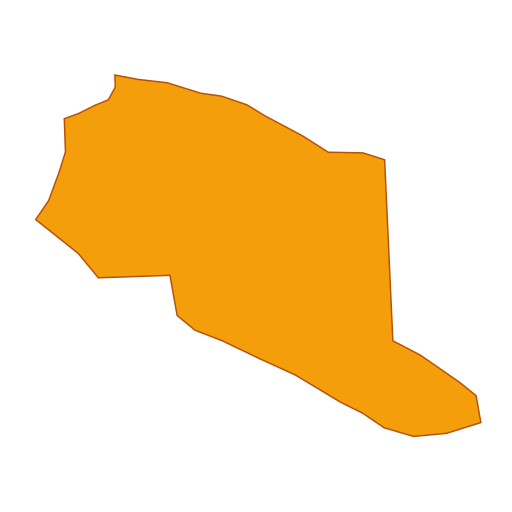 Agios Georgios Kafkaliou, Nicosia, Cyprus (orthographic projection), rotated 268°
{"feature_id": "46923920B34200358221889", "entity_name": "Agios Georgios Kafkaliou", "entity_type": "district", "adm_level": 2, "iso_a3": "CYP", "parent_name": "Cyprus", "parent_adm1": "Nicosia", "projection": "orthographic", "projection_center": [33.003, 35.032], "detail": "fine", "context": "isolated", "style": "filled", "palette": "amber", "viewbox_px": 512, "rotation_deg": 268, "n_neighbors": 0, "source": "geoboundaries", "source_scale": "gbopen_adm2", "svg_char_len": 672}
<svg xmlns="http://www.w3.org/2000/svg" viewBox="0 0 512 512"><g transform="rotate(268 256 256)"><path d="M300.1,37.1L264.8,78.4L239.7,97.7L239.7,169.3L199.3,175.1L183.9,192.5L172.3,219.6L153.1,256.3L135.7,291.1L106.8,335.6L95.3,356.9L79.8,378.2L70.2,407.2L72.1,440.1L81.7,474.9L108.7,471.1L122.2,455.6L133.8,440.1L151.1,416.9L166.5,389.8L347.6,387.9L355.3,366.6L357.2,331.8L374.5,306.6L395.7,269.9L407.3,252.4L416.9,227.3L420.7,206.0L428.3,184.5L432.3,173.1L436.6,144.2L437.7,139.4L441.8,121.3L429.5,121.2L417.2,113.8L412.2,100.2L404.8,84.1L399.9,69.2L383.9,69.2L366.6,69.2L345.7,61.8L318.6,50.7L300.1,37.1Z" fill="#f59e0b" stroke="#b45309" stroke-width="1.5"/></g></svg>